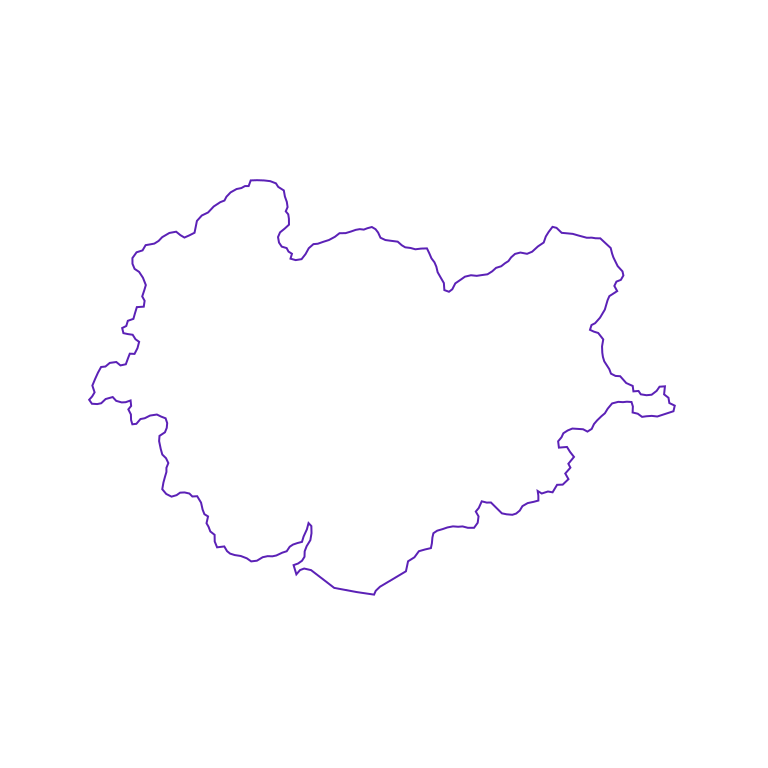 Rio Claro, Rio de Janeiro, Brazil, rotated 201°
{"feature_id": "56859067B7677300051124", "entity_name": "Rio Claro", "entity_type": "district", "adm_level": 2, "iso_a3": "BRA", "parent_name": "Brazil", "parent_adm1": "Rio de Janeiro", "projection": "robinson", "projection_center": [-44.08, -22.786], "detail": "fine", "context": "isolated", "style": "outline", "palette": "violet", "viewbox_px": 768, "rotation_deg": 201, "n_neighbors": 0, "source": "geoboundaries", "source_scale": "gbopen_adm2", "svg_char_len": 4570}
<svg xmlns="http://www.w3.org/2000/svg" viewBox="0 0 768 768"><g transform="rotate(201 384 384)"><path d="M261.6,591.8L267.0,590.3L272.3,588.8L278.9,591.6L283.0,591.1L284.8,584.9L285.8,579.7L285.6,573.3L289.6,567.6L293.1,560.6L297.1,556.8L303.8,555.6L308.3,552.4L310.7,547.8L311.9,543.3L314.3,540.1L316.8,535.9L321.0,532.6L323.4,527.9L326.7,523.5L330.9,521.2L336.2,518.2L341.8,516.7L346.9,513.2L349.5,509.3L353.5,503.5L354.2,496.9L356.4,493.4L361.3,493.3L364.3,499.7L369.0,503.5L374.0,507.6L377.2,512.3L380.5,515.7L384.7,518.3L388.4,522.1L392.5,526.0L397.9,523.7L403.0,521.0L408.0,520.5L413.2,519.2L417.1,519.9L422.2,521.8L429.2,520.1L434.3,518.9L439.7,519.3L443.8,523.3L447.4,525.5L451.6,526.2L455.3,523.5L458.2,520.9L462.1,519.9L465.6,517.8L469.5,514.5L473.9,511.1L479.6,508.8L482.6,503.8L487.0,498.7L491.5,495.1L496.1,491.2L500.0,489.3L502.9,483.8L503.8,477.2L505.7,471.0L510.9,468.0L516.2,467.5L516.6,472.6L520.6,473.4L523.6,476.0L528.7,475.6L532.7,478.4L535.6,483.2L535.4,488.3L532.4,493.5L529.8,498.7L532.0,504.2L534.2,508.1L537.6,510.0L537.4,514.6L540.0,519.2L543.7,523.5L546.9,528.8L553.4,530.1L556.8,532.6L562.9,532.6L568.8,531.1L575.5,528.8L581.4,526.3L581.3,520.3L584.8,518.9L587.4,515.8L591.5,513.2L595.9,507.9L598.2,502.4L598.7,498.1L602.0,495.1L606.6,488.7L609.7,481.1L614.5,476.0L617.1,469.2L616.1,463.3L615.1,457.3L619.1,452.9L622.8,449.2L627.4,450.0L632.6,451.7L638.5,448.1L643.7,441.6L645.7,436.8L648.7,432.8L652.1,430.7L656.3,428.2L657.3,422.2L662.2,418.3L664.0,411.4L661.9,406.1L658.1,402.1L652.8,400.9L647.1,396.8L641.8,391.0L641.4,385.7L641.1,379.1L637.3,375.9L636.0,370.1L642.3,367.2L641.8,360.4L641.3,355.0L645.8,351.2L645.4,345.8L648.5,342.4L645.5,338.1L641.1,338.8L636.3,339.9L632.0,336.7L627.7,335.6L627.0,329.1L627.7,322.7L632.2,321.2L632.2,315.9L632.1,309.9L636.7,306.9L641.8,308.6L647.6,305.4L650.3,300.5L654.2,298.5L655.1,292.0L655.5,285.2L655.7,278.0L651.2,272.5L652.0,267.8L653.6,263.6L649.6,260.9L644.5,262.5L641.1,264.7L638.5,270.2L632.6,274.6L628.0,272.3L622.3,272.8L618.7,274.4L614.7,277.8L612.2,272.9L613.6,268.7L609.4,264.9L607.2,259.7L604.5,256.2L600.9,258.1L598.8,264.0L595.1,266.3L591.1,270.7L585.1,274.1L580.3,273.7L575.6,273.7L572.4,269.8L571.1,265.2L571.2,260.4L575.0,255.1L573.5,250.1L569.2,243.4L565.7,238.7L560.9,236.6L557.0,232.9L557.1,227.8L555.6,223.9L555.2,218.7L554.6,212.9L553.3,206.3L547.9,203.3L542.0,202.7L537.8,205.9L535.4,209.5L531.3,211.3L526.4,212.0L522.6,210.3L518.2,212.3L512.3,207.7L508.3,201.7L505.0,198.1L500.8,197.3L499.8,190.4L496.7,187.9L493.3,184.1L488.1,182.5L485.6,176.3L481.3,171.7L474.9,175.1L470.6,171.7L466.9,170.5L462.1,170.8L456.1,172.1L449.6,172.1L444.4,170.8L439.3,173.5L435.2,178.8L430.9,181.6L426.5,183.1L423.1,185.3L418.5,190.1L414.9,193.0L413.7,198.3L411.4,201.5L407.8,204.5L404.0,207.2L404.4,212.8L403.9,220.7L404.6,227.1L400.9,225.3L398.2,218.7L396.8,211.8L398.1,204.9L398.1,199.4L396.3,194.2L397.2,189.6L399.9,185.6L403.5,182.5L397.6,174.9L395.7,180.2L392.4,183.1L385.4,184.1L357.4,175.8L334.8,180.0L317.8,183.8L317.6,188.0L315.1,193.3L296.4,217.0L298.0,227.1L293.5,233.1L291.5,240.4L286.3,244.3L281.4,247.6L282.2,252.4L283.8,258.1L284.4,262.4L281.8,266.1L277.2,269.6L273.4,272.8L268.6,275.8L263.6,277.3L259.6,279.2L254.2,279.8L248.4,282.0L246.8,288.0L248.3,294.3L252.6,297.8L251.1,302.2L250.7,309.5L245.6,310.1L241.7,311.7L227.6,305.5L222.8,306.3L217.3,307.9L214.2,310.4L211.9,314.5L211.0,319.6L207.2,324.3L202.1,327.6L198.1,330.5L199.9,335.1L202.2,339.2L197.5,338.3L192.4,342.4L187.8,343.3L186.3,351.9L181.1,354.1L177.7,361.3L182.7,365.4L180.0,372.7L183.3,375.6L180.5,384.0L186.0,387.3L190.6,390.8L197.9,387.3L200.9,392.9L199.2,397.9L198.9,402.3L195.9,406.4L192.2,409.9L187.1,411.5L181.9,413.1L177.0,412.5L174.0,416.5L173.6,421.9L172.0,426.4L169.5,431.8L167.3,435.8L166.3,441.2L164.1,447.6L158.9,451.3L154.4,452.7L150.9,454.5L146.5,455.9L143.6,452.2L141.7,446.5L136.4,447.2L131.3,445.8L127.5,447.9L122.6,450.2L117.2,451.6L104.0,462.3L104.8,468.0L110.8,468.5L113.5,473.1L118.8,474.7L120.9,482.5L125.8,480.2L127.0,475.3L130.3,469.9L134.9,467.6L140.6,466.4L143.9,468.7L148.5,466.5L151.1,471.3L158.2,471.7L166.3,475.9L170.8,474.5L175.8,475.0L179.0,478.6L186.5,484.1L189.3,487.7L191.4,491.4L193.9,497.2L195.3,504.2L202.3,508.4L206.9,508.1L211.1,508.4L211.4,513.4L208.7,516.4L206.1,523.3L204.5,532.6L205.3,542.3L205.1,546.8L199.6,554.3L204.1,558.1L203.7,562.9L200.2,566.1L199.4,571.1L201.7,574.6L208.1,577.8L212.1,581.5L215.2,584.4L217.8,587.5L221.1,592.2L234.3,597.5L238.6,595.9L242.4,595.1L247.1,593.2L255.7,592.3L261.6,591.8Z" fill="none" stroke="#5b21b6" stroke-width="2"/></g></svg>